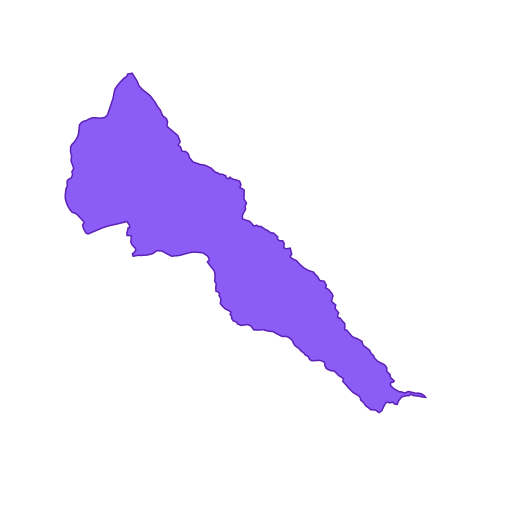 outline of Hulha Negra, Rio Grande do Sul, Brazil, rotated 305°
{"feature_id": "56859067B48560466087967", "entity_name": "Hulha Negra", "entity_type": "district", "adm_level": 2, "iso_a3": "BRA", "parent_name": "Brazil", "parent_adm1": "Rio Grande do Sul", "projection": "equal_earth", "projection_center": [-53.901, -31.514], "detail": "fine", "context": "isolated", "style": "filled", "palette": "violet", "viewbox_px": 512, "rotation_deg": 305, "n_neighbors": 0, "source": "geoboundaries", "source_scale": "gbopen_adm2", "svg_char_len": 4002}
<svg xmlns="http://www.w3.org/2000/svg" viewBox="0 0 512 512"><g transform="rotate(305 256 256)"><path d="M196.5,254.1L195.4,258.3L195.0,261.6L195.7,264.9L195.7,267.7L193.4,268.2L192.7,270.4L190.8,272.0L189.8,274.6L190.7,277.4L189.8,279.8L190.5,283.5L195.0,288.5L195.8,291.7L194.2,296.8L195.4,298.3L196.4,300.0L198.2,302.3L199.8,304.1L200.5,306.5L201.7,309.5L203.9,313.3L204.0,316.3L204.5,319.3L205.0,323.5L207.4,326.8L208.0,329.2L208.0,331.9L207.3,334.9L206.0,336.6L204.9,339.6L204.8,344.1L204.0,347.7L204.0,350.6L203.2,353.0L203.6,356.5L202.0,359.2L202.2,361.8L203.4,363.4L205.1,365.5L207.2,368.2L207.9,370.7L208.2,373.1L205.7,375.3L204.1,378.3L204.4,380.4L204.9,382.9L206.6,386.2L206.1,389.4L205.4,392.5L205.7,394.9L205.6,398.1L203.1,399.0L202.1,403.4L201.0,407.5L200.5,410.3L199.9,413.6L200.0,416.2L200.4,420.7L199.6,422.8L198.1,424.3L197.6,428.1L196.2,432.1L196.2,434.7L195.9,438.1L198.3,442.2L198.3,446.7L201.5,447.8L205.0,447.1L209.1,446.6L211.5,447.0L212.3,449.7L214.7,451.9L214.2,454.5L215.4,456.8L218.9,455.9L223.4,456.1L225.6,457.3L228.1,459.7L229.4,461.5L231.6,462.1L232.1,465.4L233.5,467.6L234.8,470.3L235.8,472.9L237.5,475.9L238.1,473.8L238.0,470.7L236.8,467.6L235.1,465.5L234.1,462.6L232.4,458.5L229.2,456.5L227.9,452.6L226.9,450.8L226.4,445.0L227.1,440.4L229.5,438.9L231.2,440.7L232.9,440.9L233.7,435.8L235.8,433.8L236.6,429.1L239.2,427.5L240.4,424.9L240.6,422.6L240.0,419.7L239.6,415.3L240.3,411.9L242.0,409.0L242.0,406.7L244.0,403.0L244.4,394.8L246.9,391.6L246.3,386.0L245.6,383.7L245.2,380.9L247.3,373.1L246.6,370.7L248.8,369.6L251.6,367.4L252.6,362.7L253.4,360.4L252.5,358.4L254.3,356.8L256.9,356.3L258.3,351.1L259.8,350.1L261.6,349.5L262.1,343.9L265.2,342.7L267.4,342.0L268.9,339.7L269.4,337.5L270.2,335.1L269.9,331.2L272.3,330.5L274.5,326.4L272.5,322.3L274.4,318.2L275.1,314.4L275.8,312.4L274.3,307.5L273.7,303.1L274.0,299.0L274.6,295.1L275.5,291.9L274.8,288.2L274.6,286.0L275.6,283.9L277.8,284.4L282.1,279.5L279.4,276.9L278.6,274.1L282.6,271.8L283.8,269.1L281.9,266.4L282.2,263.8L284.2,262.8L284.8,257.0L283.5,255.0L283.6,250.7L283.1,248.1L283.1,242.9L281.7,241.5L281.7,239.1L279.4,237.0L280.8,231.0L279.3,226.3L278.7,223.8L280.7,222.0L283.1,221.2L288.3,220.7L290.1,218.7L293.9,217.9L295.8,213.4L301.4,209.8L303.2,208.5L303.3,206.1L302.6,203.6L305.9,202.7L307.8,199.7L307.2,196.8L305.7,193.0L305.5,189.3L303.4,189.0L302.9,186.6L304.3,185.5L303.9,182.1L302.3,179.5L302.1,176.9L301.3,174.6L302.2,169.0L301.5,164.1L300.7,161.2L299.2,158.4L296.9,150.3L297.6,148.1L298.2,145.6L301.0,141.6L301.2,138.3L299.3,135.3L302.1,131.6L302.2,128.6L306.1,128.4L309.8,122.9L310.8,112.2L311.3,108.5L315.2,106.6L317.1,104.0L317.4,99.1L318.7,97.0L320.9,93.4L321.6,90.5L324.4,84.4L326.7,76.9L327.2,67.7L328.3,62.5L331.1,58.2L334.7,49.7L333.0,48.0L331.4,46.5L329.0,47.1L326.1,45.9L321.8,45.2L316.1,44.6L311.5,44.8L303.0,48.5L287.8,53.0L286.2,53.3L283.0,52.8L279.9,49.8L277.3,45.5L275.4,42.6L271.9,40.4L269.5,39.2L267.4,37.4L265.5,36.5L262.3,36.1L253.8,40.8L249.7,41.7L244.7,41.8L241.7,41.2L238.9,41.6L237.5,42.6L235.0,44.3L232.5,47.3L227.7,50.0L223.3,56.4L219.5,56.8L217.3,59.1L214.2,59.9L210.8,58.3L208.8,58.4L205.0,61.3L202.2,61.7L197.4,64.3L193.9,66.6L190.8,70.3L189.1,73.0L187.2,77.1L186.4,80.3L187.5,84.6L186.5,89.8L185.1,96.0L181.8,96.2L179.5,98.9L177.3,103.5L177.7,105.8L189.3,113.0L191.0,114.1L196.1,117.9L202.7,124.0L210.2,130.5L208.8,134.3L206.9,136.4L205.6,135.1L204.0,135.9L200.9,136.9L198.8,138.6L200.1,140.4L200.9,142.4L195.4,145.6L193.8,148.7L193.2,152.6L191.9,154.2L189.3,154.2L186.8,153.5L185.3,155.5L187.3,157.4L188.9,159.0L190.5,161.6L192.0,163.3L194.1,166.0L196.0,167.8L198.8,170.1L203.5,171.7L206.1,176.1L206.6,180.6L207.4,187.0L209.4,189.3L211.2,191.5L213.1,193.5L219.8,198.9L222.9,202.0L224.6,204.4L228.1,210.7L228.2,216.4L226.4,219.9L223.2,219.6L220.8,227.0L220.0,229.9L218.6,231.9L214.7,235.0L211.9,236.3L210.1,239.7L208.0,240.6L206.4,241.6L204.2,243.4L204.8,245.8L204.1,248.0L202.3,248.4L201.0,251.7L196.5,254.1Z" fill="#8b5cf6" stroke="#5b21b6" stroke-width="1.5"/></g></svg>